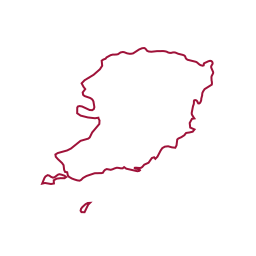 SVG path tracing the border of Vendée, rotated 295°
{"feature_id": "FRA-5353", "entity_name": "Vendée", "entity_type": "Metropolitan department", "adm_level": 1, "iso_a3": "FRA", "parent_name": "France", "parent_adm1": "", "projection": "mercator", "projection_center": [-1.356, 46.678], "detail": "fine", "context": "isolated", "style": "outline", "palette": "rose", "viewbox_px": 256, "rotation_deg": 295, "n_neighbors": 0, "source": "natural_earth", "source_scale": "10m", "svg_char_len": 2840}
<svg xmlns="http://www.w3.org/2000/svg" viewBox="0 0 256 256"><g transform="rotate(295 128 128)"><path d="M164.7,184.1L163.3,182.1L158.6,181.8L154.7,184.2L154.8,188.9L152.0,188.2L150.0,185.7L148.1,182.8L146.4,182.3L145.4,182.2L142.2,180.2L139.8,178.1L138.4,177.5L132.8,179.3L130.1,179.2L129.0,175.9L128.4,172.1L126.7,169.3L124.3,167.6L121.4,167.1L114.4,166.8L111.6,165.8L112.5,164.0L110.8,162.3L105.2,161.3L101.6,158.2L98.7,157.4L97.4,156.6L96.6,155.3L95.4,152.0L94.4,150.3L94.5,152.2L95.1,154.7L95.2,156.1L94.8,156.7L93.8,156.2L92.8,154.8L90.4,143.6L90.9,141.0L89.2,140.2L88.4,138.5L87.9,136.5L87.3,134.7L85.7,132.9L84.1,131.5L82.8,130.0L81.8,126.1L80.4,124.9L78.6,124.3L76.9,124.2L76.0,123.2L72.9,116.9L67.0,110.7L63.8,108.4L61.1,107.4L59.8,106.4L59.1,104.1L58.7,101.1L58.5,98.5L58.8,95.2L59.5,93.6L62.2,91.6L61.6,89.5L63.1,87.8L67.1,85.3L68.4,83.0L70.2,77.5L71.4,74.7L73.3,73.4L75.6,74.9L81.9,82.3L85.3,85.0L96.3,90.4L101.6,96.5L103.3,97.3L108.8,97.4L119.5,100.3L122.8,99.0L124.2,97.2L124.8,96.8L122.9,94.0L120.6,87.1L119.2,79.8L119.9,75.7L125.0,73.4L126.3,73.5L127.4,74.8L128.1,77.2L128.1,85.6L129.0,88.0L130.7,89.0L132.7,88.7L137.5,85.4L138.4,84.2L139.0,82.8L139.2,81.0L138.6,75.1L139.1,73.3L141.1,71.9L145.2,72.8L146.5,70.3L148.9,67.1L153.0,68.5L161.6,74.3L169.3,77.7L173.5,78.3L177.9,75.7L179.6,76.7L181.3,78.4L182.9,78.7L186.7,81.5L188.1,83.2L189.5,86.1L190.6,87.7L193.3,89.3L194.7,91.2L195.1,92.6L195.3,95.7L196.0,98.3L196.9,99.9L197.8,101.1L203.9,104.9L206.2,107.0L207.0,108.3L207.4,109.2L207.3,109.9L207.0,110.8L206.0,112.8L206.1,114.5L207.0,117.0L209.8,121.6L212.6,127.4L213.1,128.9L213.4,130.2L213.5,131.2L213.4,132.3L213.6,133.6L214.2,135.2L215.5,136.8L216.1,138.0L216.4,139.1L216.5,142.2L217.4,146.7L217.5,148.1L217.3,149.1L216.7,149.9L215.9,150.6L215.3,151.6L215.0,153.1L216.6,161.2L216.7,162.2L216.5,163.2L215.8,165.6L215.6,167.1L216.0,169.3L216.7,170.1L217.4,170.0L218.0,169.6L218.8,169.6L222.4,172.6L223.6,174.0L223.9,175.2L223.6,176.3L222.8,177.1L222.0,177.5L221.5,177.5L220.7,177.4L219.8,177.3L218.8,177.4L217.9,177.9L214.8,181.4L214.0,181.9L213.3,182.0L210.2,181.9L209.2,182.2L206.3,183.7L205.6,184.3L204.0,185.2L202.7,185.6L195.6,181.0L192.9,180.6L191.2,180.6L189.6,181.1L189.0,181.4L185.6,182.0L184.4,182.5L183.4,182.7L181.4,182.7L180.3,182.1L180.0,181.3L180.5,180.5L181.3,179.7L181.8,178.7L181.9,177.6L181.2,176.4L180.4,176.3L178.4,177.2L177.4,177.5L175.2,177.7L168.8,179.3L167.7,179.8L167.0,180.5L165.2,183.2L164.7,184.1L164.7,184.1ZM51.3,81.0L52.4,82.3L56.0,84.2L57.1,85.3L57.6,87.5L57.9,90.6L57.4,92.7L55.6,91.6L54.1,88.2L51.9,84.7L49.2,82.8L46.4,84.3L44.7,81.9L43.1,76.0L41.3,73.7L47.3,73.4L49.2,73.7L51.3,75.1L51.6,76.8L51.2,78.8L51.3,81.0ZM36.9,120.0L41.0,121.7L43.0,123.2L44.1,125.2L41.7,124.3L33.3,124.2L32.1,121.4L33.0,120.0L34.9,119.6L36.9,120.0Z" fill="none" stroke="#9f1239" stroke-width="2"/></g></svg>